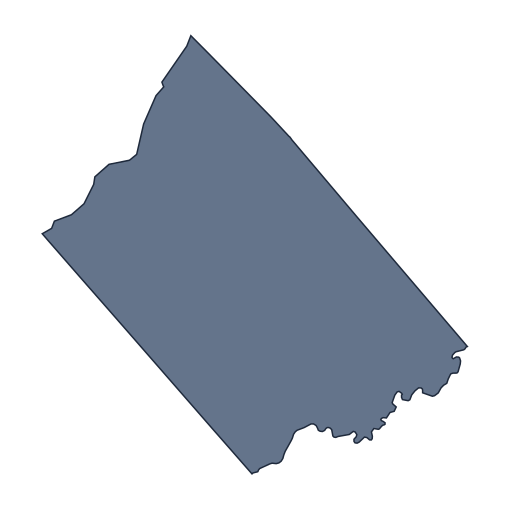 Aiken, South Carolina, United States of America, rotated 272°
{"feature_id": "52423323B95410020978847", "entity_name": "Aiken", "entity_type": "district", "adm_level": 2, "iso_a3": "USA", "parent_name": "United States of America", "parent_adm1": "South Carolina", "projection": "robinson", "projection_center": [-81.813, 33.538], "detail": "fine", "context": "isolated", "style": "filled", "palette": "slate", "viewbox_px": 512, "rotation_deg": 272, "n_neighbors": 0, "source": "geoboundaries", "source_scale": "gbopen_adm2", "svg_char_len": 1968}
<svg xmlns="http://www.w3.org/2000/svg" viewBox="0 0 512 512"><g transform="rotate(272 256 256)"><path d="M228.4,81.2L194.8,112.8L161.6,143.9L118.3,184.4L79.6,220.6L75.9,224.1L38.1,259.6L38.3,259.8L39.1,260.6L40.4,265.1L40.6,265.4L42.1,265.9L43.7,267.1L48.7,277.0L49.5,279.3L49.2,283.4L50.0,286.1L51.8,288.3L54.6,289.9L58.4,290.8L61.8,292.0L68.0,295.2L72.7,297.6L75.2,298.7L79.2,299.8L81.7,301.4L83.3,303.2L83.5,303.7L86.2,310.1L90.1,316.9L90.1,317.9L90.2,319.3L88.7,322.0L86.3,323.4L84.0,324.4L83.1,326.2L82.9,328.5L84.1,330.7L86.1,331.9L87.0,333.1L87.1,334.6L86.6,336.1L85.1,337.7L81.1,338.6L78.8,339.1L77.7,340.3L77.5,342.1L78.5,344.3L80.9,355.5L84.1,359.3L83.6,361.2L81.0,363.0L78.9,362.5L76.3,360.3L74.1,360.4L72.7,361.5L72.5,363.6L73.6,365.6L78.8,370.7L78.4,373.2L77.2,374.7L76.2,375.9L76.2,377.7L77.5,378.5L79.9,378.6L84.2,377.5L87.7,379.8L87.1,384.3L87.5,385.3L90.2,387.4L91.3,388.6L91.8,390.1L92.3,390.8L93.8,390.8L95.1,388.9L95.9,387.0L97.1,386.4L98.2,387.3L98.9,388.6L98.8,390.6L98.7,392.0L104.3,395.4L105.6,399.5L110.0,401.4L112.9,397.9L114.2,397.2L121.8,399.6L125.1,401.8L125.7,403.7L123.9,406.4L122.8,407.0L122.1,406.3L119.8,406.4L117.6,407.4L116.7,413.1L117.7,414.8L122.7,416.5L126.8,419.6L129.9,423.1L129.9,425.6L128.9,426.9L127.6,427.2L125.1,427.3L122.0,437.2L122.6,439.2L122.6,439.3L125.5,442.9L130.6,445.5L133.4,448.0L135.4,451.1L139.8,452.4L143.9,454.2L145.1,454.9L145.8,456.9L146.0,460.5L146.3,461.2L147.4,462.0L155.3,463.9L158.3,464.1L161.3,463.0L162.0,462.1L162.1,459.8L160.2,456.7L160.7,455.9L161.6,455.4L163.9,455.9L166.6,458.2L167.3,459.3L169.5,466.9L170.5,468.1L172.3,469.1L172.9,470.4L300.2,354.1L373.2,287.9L376.0,285.8L376.9,284.6L395.6,266.0L459.0,199.1L473.9,183.2L463.3,179.5L426.5,155.9L423.4,157.1L421.8,157.9L412.8,150.5L384.0,139.1L353.4,133.2L347.3,126.2L342.5,105.9L329.5,92.2L321.9,91.3L302.2,82.3L290.8,70.1L283.8,53.3L276.5,50.8L270.8,41.6L264.1,47.8L228.4,81.2Z" fill="#64748b" stroke="#1e293b" stroke-width="1.5"/></g></svg>